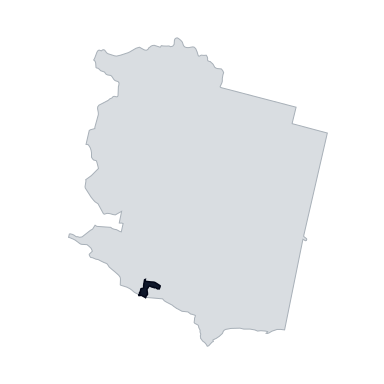 Al Fashaga, Gedarif, Sudan (highlighted), rotated 101°
{"feature_id": "16777658B79230518314977", "entity_name": "Al Fashaga", "entity_type": "district", "adm_level": 2, "iso_a3": "SDN", "parent_name": "Sudan", "parent_adm1": "Gedarif", "projection": "orthographic", "projection_center": [36.017, 14.347], "detail": "fine", "context": "in_parent", "style": "filled", "palette": "ink", "viewbox_px": 384, "rotation_deg": 101, "n_neighbors": 0, "source": "geoboundaries", "source_scale": "gbopen_adm2", "svg_char_len": 5455}
<svg xmlns="http://www.w3.org/2000/svg" viewBox="0 0 384 384"><g transform="rotate(101 192 192)"><path d="M260.1,304.5L256.7,304.4L256.3,303.6L256.4,301.4L256.8,299.8L258.0,297.1L257.7,295.7L257.9,293.6L257.0,291.3L249.0,284.4L247.4,282.5L243.1,280.8L243.9,278.9L242.2,265.0L243.1,263.4L243.4,261.0L243.4,258.8L244.5,255.3L244.6,253.8L236.1,253.6L235.9,255.1L236.3,256.8L236.3,257.5L224.4,257.4L229.1,262.9L229.2,265.3L228.9,268.2L229.0,270.1L229.2,271.4L230.5,273.8L230.4,274.3L230.1,274.9L221.5,282.0L220.1,285.3L218.9,287.0L216.4,290.0L208.5,297.5L207.3,298.0L201.4,298.2L200.8,298.4L200.3,298.7L200.1,298.6L195.1,293.9L186.7,288.3L181.0,291.0L179.5,292.0L179.4,294.6L178.5,295.9L177.0,297.3L172.8,298.1L170.6,298.9L168.0,300.3L165.5,302.7L165.3,303.9L165.5,305.1L151.2,304.6L150.3,303.6L148.3,299.5L146.8,299.7L133.9,298.7L132.0,299.1L128.2,300.6L126.4,300.8L124.5,299.9L117.9,291.6L116.4,290.6L115.0,288.6L113.5,287.7L113.1,287.1L112.9,286.2L113.0,284.4L112.6,283.3L111.5,283.0L102.4,284.4L101.1,284.2L99.1,284.4L98.5,284.7L97.7,285.7L97.5,287.9L97.2,289.0L96.4,290.2L93.8,292.8L93.1,294.0L93.2,297.0L92.9,298.5L92.5,299.2L91.4,300.3L90.9,300.9L90.4,304.7L88.9,307.0L88.5,307.8L88.4,309.5L88.1,310.0L84.0,311.1L82.4,311.9L81.4,313.1L81.2,313.7L79.4,313.1L77.2,312.7L72.9,312.0L71.2,311.3L70.4,310.3L70.8,308.0L70.3,307.5L69.7,307.1L69.2,306.0L69.4,304.8L71.7,302.3L72.3,300.8L73.1,294.1L73.0,292.0L71.3,288.2L67.5,281.4L66.5,280.0L61.6,274.4L61.1,273.5L59.9,271.2L61.5,266.3L61.7,264.9L61.4,263.5L60.1,262.3L59.0,262.1L57.5,260.7L56.6,260.0L55.8,258.8L55.2,257.1L55.9,251.3L55.7,250.5L54.4,250.2L54.1,249.7L54.2,248.6L53.7,245.2L53.0,242.4L53.5,240.9L52.6,238.8L50.5,237.7L46.5,238.2L45.2,238.0L44.4,237.5L43.8,236.7L43.5,235.8L43.9,234.5L45.2,232.0L46.7,230.1L49.7,228.4L50.6,227.4L51.1,226.4L51.2,225.1L51.1,223.7L50.8,222.5L50.1,220.8L49.4,218.9L49.4,217.6L49.9,216.7L50.7,215.6L53.7,213.6L56.8,212.0L57.3,211.4L57.2,210.6L55.9,209.1L55.6,206.2L55.0,204.1L56.6,202.7L57.7,202.2L59.5,201.9L60.2,201.3L60.5,200.1L60.5,198.9L61.1,198.1L62.1,196.3L62.8,195.5L65.2,193.5L65.8,192.1L66.0,190.8L65.6,186.7L67.0,185.0L68.8,183.7L71.1,184.0L74.9,183.9L77.4,183.4L79.2,183.5L83.3,184.5L83.7,184.2L84.0,183.1L88.9,106.0L105.6,106.8L105.8,106.7L108.3,70.4L213.4,74.0L214.3,73.9L216.0,70.6L216.7,70.3L217.8,70.5L218.2,71.4L217.2,74.1L309.7,74.8L310.0,79.0L310.7,82.3L313.4,87.0L315.7,89.6L316.5,91.0L316.6,91.6L316.5,92.3L315.8,91.6L314.6,91.1L314.5,93.3L315.0,97.9L316.0,101.1L315.4,104.0L315.5,109.0L316.7,115.0L316.5,118.9L318.5,127.8L320.5,132.8L321.5,134.0L322.7,134.7L325.0,135.1L328.4,137.6L331.0,140.2L332.0,141.6L333.3,143.2L334.2,142.9L334.7,142.5L335.6,143.7L339.8,146.3L340.5,147.6L339.0,148.8L337.3,150.9L336.4,152.9L336.0,153.5L334.6,154.8L334.4,155.3L333.8,155.7L333.1,155.8L331.7,156.4L330.4,156.2L329.1,156.6L328.6,157.1L327.5,157.5L326.1,157.7L323.9,159.4L322.0,160.2L321.4,160.9L320.4,164.2L319.7,165.0L316.8,165.2L315.4,165.4L313.5,165.1L312.6,165.1L312.4,165.8L312.0,168.7L312.1,169.9L310.5,173.1L311.0,179.1L309.5,183.7L309.3,184.7L307.7,188.3L306.9,189.6L304.9,196.3L304.1,198.4L302.5,200.5L304.2,216.6L302.8,221.6L302.9,224.2L301.9,228.2L301.1,230.1L299.8,232.3L298.7,234.7L297.8,238.0L297.1,244.2L296.8,244.7L291.7,245.5L290.1,245.9L289.0,246.6L287.6,248.2L285.0,252.6L283.6,255.2L281.5,258.9L278.9,261.4L278.4,262.7L278.0,265.0L277.0,268.7L276.2,271.3L276.3,273.4L275.5,277.1L275.6,278.9L274.7,279.9L273.5,280.8L272.7,281.0L269.1,278.5L266.6,280.2L265.0,282.6L263.7,285.0L264.4,290.0L264.4,291.2L264.0,292.4L261.6,297.3L260.9,299.6L260.1,303.5L260.1,304.5Z" fill="#d9dde1" stroke="#a8b0b8" stroke-width="1"/><path d="M288.2,210.3L287.8,211.3L287.8,211.5L287.8,213.0L288.1,215.0L288.3,217.5L288.4,218.9L288.5,221.1L286.7,221.1L286.8,221.3L287.0,221.5L287.2,221.8L287.7,221.8L288.3,221.8L288.8,221.8L289.3,221.7L290.0,221.7L290.8,221.8L291.6,221.7L293.2,221.6L293.7,221.5L294.3,221.3L294.6,221.3L294.9,221.2L295.1,221.2L295.2,221.3L295.3,221.4L295.5,221.4L295.7,221.5L295.8,221.7L295.9,221.8L296.0,221.9L296.1,222.1L296.2,222.3L296.3,222.9L296.5,223.2L296.6,223.4L296.7,223.5L296.9,223.7L297.3,223.7L297.9,223.7L298.9,223.7L299.1,223.7L299.3,223.7L299.5,223.6L299.7,223.8L299.8,223.8L300.0,223.9L300.2,224.0L300.2,223.9L300.3,223.9L300.6,223.9L300.9,223.9L300.9,223.7L301.1,223.8L301.2,224.0L301.4,223.9L301.5,223.8L301.8,223.8L302.0,223.9L302.1,224.0L302.3,224.2L302.3,224.3L302.7,224.4L302.8,224.4L302.8,224.5L303.0,224.7L303.3,224.6L303.5,224.6L303.7,224.4L303.8,224.3L303.7,224.0L303.4,222.9L303.1,221.7L303.3,221.3L303.8,219.8L304.3,218.1L304.4,217.9L304.6,217.4L304.2,217.3L303.7,217.3L303.3,217.2L303.1,217.2L302.9,217.1L302.6,217.1L302.4,216.9L302.0,216.6L301.5,216.4L301.2,216.2L300.8,216.2L300.0,216.4L298.9,216.7L298.2,217.0L297.7,217.2L296.8,217.4L296.5,217.5L296.2,217.6L295.7,217.5L295.2,217.3L294.7,217.0L294.4,216.9L294.1,216.8L293.4,216.6L293.1,216.5L292.9,216.2L292.7,216.1L292.4,216.0L292.4,215.7L292.3,215.2L292.4,214.9L292.4,214.7L292.6,214.5L292.8,213.9L292.8,213.7L292.9,213.3L293.0,212.9L293.0,212.6L292.9,212.4L292.7,212.0L292.7,211.9L292.8,211.5L292.9,211.3L293.0,211.3L293.1,211.2L293.2,210.8L293.0,210.6L292.9,210.3L292.9,210.2L293.0,210.0L292.9,209.5L292.9,209.4L292.8,209.2L293.0,208.8L293.4,208.2L293.5,207.8L293.7,207.1L293.5,206.6L293.4,205.9L293.4,205.7L292.9,205.6L292.1,205.5L291.5,205.3L290.4,205.3L290.1,205.4L288.4,209.6L288.2,210.3Z" fill="#0f172a" stroke="#020617" stroke-width="1.5"/></g></svg>